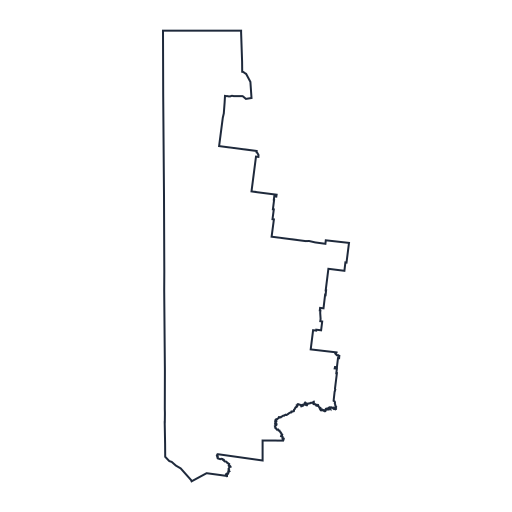 West Wimmera, Victoria, Australia
{"feature_id": "25037944B702157588032", "entity_name": "West Wimmera", "entity_type": "district", "adm_level": 2, "iso_a3": "AUS", "parent_name": "Australia", "parent_adm1": "Victoria", "projection": "mercator", "projection_center": [141.548, -36.599], "detail": "fine", "context": "isolated", "style": "outline", "palette": "slate", "viewbox_px": 512, "rotation_deg": 0, "n_neighbors": 0, "source": "geoboundaries", "source_scale": "gbopen_adm2", "svg_char_len": 5901}
<svg xmlns="http://www.w3.org/2000/svg" viewBox="0 0 512 512"><path d="M262.6,460.5L262.6,440.5L283.9,440.6L283.7,440.5L283.6,440.2L283.6,439.5L283.3,439.2L283.5,438.8L283.3,438.8L283.1,438.9L282.5,438.6L282.5,438.0L282.5,437.8L282.8,437.3L282.7,437.0L282.3,436.9L282.2,436.5L281.1,436.2L281.3,435.5L281.5,435.5L281.8,435.6L282.0,435.4L282.2,434.6L281.6,434.3L281.5,433.7L281.2,433.1L280.8,432.9L280.7,432.3L280.1,431.9L279.9,431.4L279.6,431.1L279.5,430.7L278.9,430.7L278.5,430.5L278.4,429.9L278.2,429.5L276.9,429.6L276.8,429.3L276.2,428.8L276.1,428.6L275.5,428.1L275.7,427.8L275.6,427.6L275.2,427.1L275.0,426.9L275.3,426.2L275.1,426.0L276.3,425.1L276.5,424.7L276.4,424.4L276.5,424.0L276.1,423.7L275.9,423.6L275.8,423.8L275.8,424.3L275.6,424.5L275.3,424.4L275.0,423.9L275.3,423.1L275.3,422.5L276.2,421.9L276.4,421.6L276.3,421.0L276.2,420.9L275.7,420.7L275.3,420.8L275.4,420.2L275.6,419.7L276.1,419.3L276.3,419.2L276.7,419.5L277.2,419.2L277.8,418.6L278.4,418.1L278.8,417.7L278.9,417.1L279.3,417.1L279.5,417.6L280.5,417.4L280.8,417.3L280.8,417.0L281.1,416.8L282.0,416.5L282.3,416.2L283.3,415.6L284.1,415.7L284.5,415.3L285.6,414.7L286.1,415.0L286.6,415.0L286.8,414.8L287.9,414.1L288.1,413.9L288.3,413.9L289.3,413.0L290.1,412.7L290.5,412.4L291.3,412.4L291.5,411.7L291.8,411.9L292.4,411.5L293.4,411.3L293.4,411.1L293.7,410.7L294.0,410.7L294.0,409.8L295.0,408.7L295.1,408.1L295.3,408.0L295.3,407.8L295.5,407.4L296.0,407.0L296.3,407.0L296.3,406.8L296.4,406.7L296.9,406.6L297.2,406.3L297.2,406.1L297.0,405.7L297.3,405.7L297.5,405.5L297.6,405.3L297.4,405.1L297.5,404.8L297.4,404.5L297.8,404.1L298.2,404.1L299.0,404.5L299.7,404.6L300.4,404.9L301.1,405.4L301.1,405.6L300.9,405.6L301.4,406.1L301.4,406.3L301.6,406.3L301.8,406.2L301.7,405.4L302.0,404.9L302.4,404.8L302.8,405.4L303.1,405.6L303.6,405.2L304.7,403.1L305.2,402.5L305.4,402.6L305.5,402.8L305.5,403.5L305.5,404.5L305.7,404.9L306.4,405.2L306.9,405.3L307.1,405.0L307.2,404.6L306.9,404.1L306.9,403.8L307.0,403.6L307.8,403.9L308.1,403.6L308.9,403.5L309.2,403.3L309.8,403.4L310.3,403.2L310.8,402.8L311.4,402.9L311.9,402.7L312.8,402.6L313.0,402.5L313.5,401.8L313.8,401.7L313.9,402.2L313.8,402.3L313.5,402.8L313.2,402.9L313.0,403.1L313.4,403.3L313.6,403.7L313.6,404.1L314.5,404.3L314.9,404.1L315.5,404.3L315.8,404.5L315.7,404.7L315.9,405.0L316.3,405.6L316.6,405.5L316.8,405.0L317.0,404.9L317.3,405.3L317.1,405.6L317.4,405.9L317.6,405.9L317.8,405.2L318.1,405.1L318.4,406.0L319.4,407.6L319.7,407.9L320.1,407.7L320.3,407.8L320.2,408.1L319.8,408.4L319.8,408.6L320.0,408.8L320.1,409.2L320.2,409.4L321.0,409.3L320.8,409.7L320.9,410.3L321.4,410.4L322.6,410.0L322.9,410.1L323.0,410.2L323.0,410.4L323.2,410.5L323.4,410.7L323.6,410.6L323.5,410.3L323.7,410.1L324.2,410.3L324.3,410.8L324.9,411.3L325.4,411.1L325.5,410.8L325.6,410.1L325.5,409.9L325.9,409.7L326.4,409.7L326.4,409.4L326.3,409.2L325.9,409.4L325.6,409.4L325.9,408.8L326.4,408.6L327.1,409.1L327.7,409.2L328.0,409.5L328.9,409.5L329.0,409.3L329.0,408.8L328.8,408.6L328.5,408.5L328.5,408.3L328.3,408.2L328.3,407.9L328.6,407.7L329.1,407.8L329.6,407.4L329.8,407.6L329.7,407.9L329.9,408.0L329.7,408.6L330.2,408.6L330.5,408.9L330.5,408.3L330.8,407.9L330.9,407.4L331.0,407.3L331.2,407.5L332.4,407.7L332.7,408.0L333.1,407.7L333.4,408.1L333.5,408.5L334.0,408.5L334.1,409.0L334.9,408.9L335.3,409.3L335.8,409.1L335.6,408.5L335.0,408.3L335.1,407.4L335.4,407.1L335.6,407.2L335.9,408.3L336.1,408.0L335.7,406.7L336.0,406.5L335.9,406.3L335.5,406.0L335.2,405.0L335.2,404.3L334.8,403.6L335.0,402.7L334.7,401.5L333.6,400.8L334.6,391.8L334.7,391.3L334.9,391.1L335.0,390.3L335.3,389.7L335.0,388.8L335.0,388.5L336.9,373.2L336.3,373.2L336.9,368.6L334.7,368.4L335.0,367.0L336.9,367.2L338.0,358.1L339.1,358.2L339.3,355.9L337.9,355.7L338.0,355.2L336.7,355.1L335.4,353.7L336.6,352.5L336.6,352.4L310.7,349.4L313.1,330.2L316.2,330.6L316.3,329.7L321.1,330.3L322.2,321.5L320.3,321.2L320.6,318.9L320.2,312.8L320.4,310.5L319.8,310.4L320.1,307.9L323.5,308.3L325.1,294.8L325.6,295.0L326.1,290.3L325.7,290.3L328.4,268.8L344.4,270.8L345.4,262.4L346.5,262.6L349.0,242.9L325.8,240.3L325.4,243.8L315.1,242.4L309.1,241.0L305.6,241.1L271.6,236.7L273.9,219.4L272.5,219.2L273.8,209.4L272.9,209.3L274.1,199.9L273.8,199.8L274.3,196.3L276.3,196.6L276.6,194.7L257.0,192.2L255.6,191.9L255.6,192.0L251.5,191.4L256.0,156.6L258.4,156.9L258.5,155.0L257.2,152.7L256.6,152.4L256.7,151.0L219.1,146.1L222.8,117.7L223.8,113.4L224.6,102.8L225.0,95.9L226.2,96.1L227.5,96.1L228.5,96.4L230.2,96.4L231.4,95.9L232.7,95.9L233.6,96.1L242.3,96.1L243.0,96.4L245.9,98.9L251.5,98.0L250.4,81.9L246.1,73.8L245.7,73.7L243.3,72.0L242.2,71.8L242.1,61.8L241.1,32.4L241.1,30.7L163.0,30.7L163.2,95.7L164.0,195.4L164.3,272.2L164.2,290.5L164.9,370.8L164.8,408.8L164.9,412.6L164.9,414.4L164.8,422.2L164.7,422.2L165.1,443.9L165.2,456.8L169.2,461.0L169.6,461.2L171.7,461.9L175.9,465.6L180.7,468.4L191.1,480.1L191.6,481.3L206.6,473.2L220.0,475.0L227.0,476.0L227.0,475.5L226.8,475.4L226.7,475.6L226.5,475.3L226.1,475.2L225.9,475.0L225.9,474.3L226.3,473.7L226.1,473.6L226.6,473.6L226.7,473.9L226.9,473.8L227.0,474.1L227.5,474.0L227.5,473.5L227.7,474.0L228.0,473.8L228.1,473.6L228.1,473.1L228.2,472.9L228.2,472.5L228.5,472.6L228.6,472.4L228.6,472.1L228.4,471.9L228.4,471.7L229.3,471.2L229.0,470.9L228.8,470.8L228.7,470.9L228.5,470.7L228.5,470.4L228.9,470.4L228.9,470.1L229.1,469.8L228.6,468.7L229.6,467.2L230.1,466.8L230.5,466.7L230.2,466.1L228.8,465.9L228.7,465.7L228.7,465.4L229.0,465.0L229.1,464.5L229.2,464.3L229.2,464.0L228.6,463.7L228.3,463.3L227.5,463.2L226.5,461.8L225.8,461.5L224.9,461.5L224.4,461.0L224.2,461.0L223.9,460.4L224.0,460.1L223.7,459.7L223.4,459.6L223.0,459.9L222.7,459.8L222.6,459.7L222.5,459.3L222.4,459.0L221.5,458.8L221.2,458.8L220.3,459.2L217.8,458.4L217.6,458.1L217.7,457.8L217.8,457.6L217.7,457.3L217.3,456.9L217.6,456.4L217.2,456.2L217.4,455.4L217.0,455.2L217.2,454.8L217.5,455.0L217.6,454.9L217.9,454.2L262.6,460.5Z" fill="none" stroke="#1e293b" stroke-width="2"/></svg>